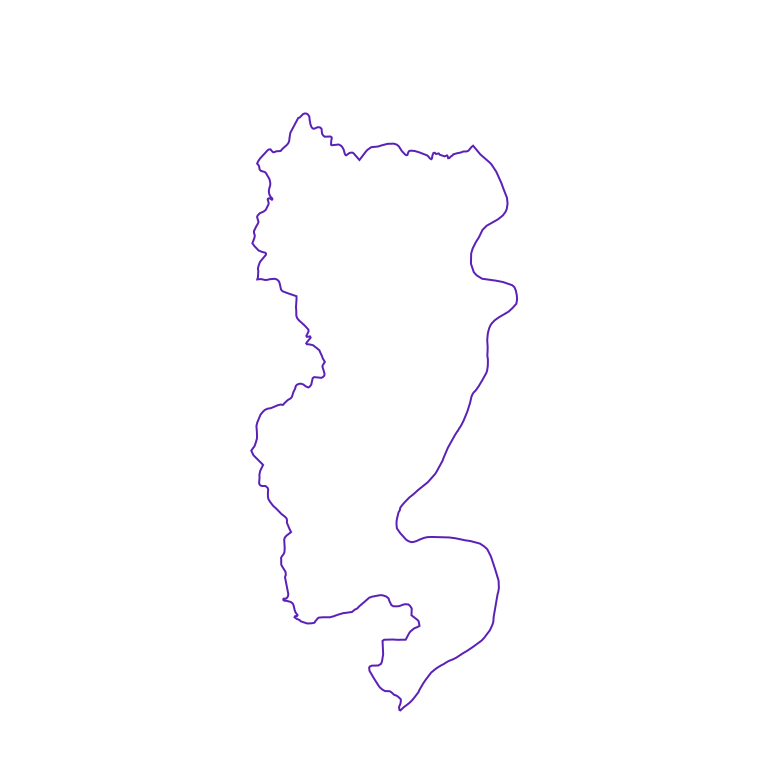 Phu Ninh, Phú Thọ, Vietnam (Albers equal-area conic projection), rotated 40°
{"feature_id": "81297802B64104222015073", "entity_name": "Phu Ninh", "entity_type": "district", "adm_level": 2, "iso_a3": "VNM", "parent_name": "Vietnam", "parent_adm1": "Phú Thọ", "projection": "albers", "projection_center": [105.302, 21.456], "detail": "fine", "context": "isolated", "style": "outline", "palette": "violet", "viewbox_px": 768, "rotation_deg": 40, "n_neighbors": 0, "source": "geoboundaries", "source_scale": "gbopen_adm2", "svg_char_len": 6165}
<svg xmlns="http://www.w3.org/2000/svg" viewBox="0 0 768 768"><g transform="rotate(40 384 384)"><path d="M147.3,235.4L150.8,251.8L153.5,256.3L155.3,259.0L155.9,261.2L155.9,263.4L155.1,268.7L155.0,272.0L151.9,275.0L151.2,276.4L150.2,277.7L148.8,277.7L146.2,277.2L144.9,278.6L144.6,279.9L144.1,291.2L144.5,294.4L145.1,296.7L147.6,297.1L149.7,298.6L150.8,299.6L152.5,299.9L156.5,298.2L157.9,298.3L164.6,300.7L167.8,303.2L169.2,305.1L170.3,307.7L171.6,310.0L172.6,311.1L174.2,312.4L176.4,313.4L179.1,313.7L179.8,314.4L179.7,314.9L177.8,315.1L176.7,315.6L176.2,316.2L176.0,316.7L176.3,317.4L179.1,319.3L179.7,320.0L180.2,321.2L181.5,326.7L180.9,329.4L179.1,333.0L178.9,336.1L179.4,337.6L181.8,339.3L183.5,340.3L184.0,341.3L184.4,342.8L184.9,345.7L186.1,350.4L187.2,351.7L189.7,353.4L190.9,355.6L192.7,360.8L196.3,361.7L202.2,362.3L205.4,361.3L208.9,359.7L209.8,360.0L210.5,360.9L210.5,370.1L211.9,374.0L213.3,376.7L215.3,378.5L218.9,383.4L219.7,385.3L222.3,382.7L226.3,380.6L228.0,378.8L229.0,377.3L232.8,373.5L235.2,372.7L237.4,372.9L239.3,373.9L244.1,377.6L245.5,378.1L246.9,378.1L253.1,375.9L260.5,373.0L262.2,374.9L267.4,382.0L269.0,383.5L272.9,388.0L275.0,389.3L277.8,389.9L285.7,390.2L291.1,390.9L292.4,392.2L293.6,397.0L294.4,397.5L295.6,396.5L296.6,395.1L298.0,395.6L298.1,401.4L298.3,402.9L299.4,403.1L301.7,401.4L304.8,399.9L312.8,399.7L314.9,400.8L318.8,402.6L320.5,403.7L324.5,405.1L325.0,409.1L325.9,410.5L329.0,412.4L332.1,414.6L332.9,416.1L332.7,418.0L332.1,419.5L326.1,423.6L325.6,425.3L328.7,431.3L328.8,434.0L328.1,435.4L325.6,436.1L322.6,436.2L320.3,437.1L318.9,438.4L317.8,440.4L317.7,442.3L318.8,444.4L319.9,448.7L321.7,453.0L321.7,455.2L320.8,457.5L320.4,459.5L320.0,463.6L320.2,464.6L319.7,465.2L318.0,466.2L316.2,468.7L313.0,475.0L310.6,477.9L309.4,480.5L309.1,482.9L309.1,486.7L311.6,494.8L313.3,498.2L318.0,503.0L321.6,507.2L323.2,510.7L324.8,514.9L324.9,517.6L325.2,520.4L329.8,522.5L343.4,523.7L345.0,530.1L346.7,533.3L349.2,536.2L352.0,540.2L353.7,541.1L355.6,540.9L358.9,538.3L361.8,538.4L363.2,539.4L365.1,542.1L367.5,544.9L369.6,546.6L372.9,547.6L377.4,548.6L381.5,548.7L389.0,549.5L393.2,549.3L395.8,549.6L397.4,550.9L398.8,552.7L404.0,555.4L408.0,557.2L406.8,562.7L406.7,565.3L407.5,567.3L413.1,573.2L415.7,576.6L416.4,578.5L416.5,581.2L417.0,583.6L418.3,584.7L419.7,586.5L421.5,588.5L423.8,589.4L429.3,591.2L430.5,592.3L431.6,593.6L432.3,595.6L445.8,606.5L446.9,608.4L447.1,610.3L446.8,611.4L445.1,613.0L445.2,613.6L445.7,614.1L446.9,614.1L448.8,612.7L452.5,611.0L454.1,610.8L455.8,611.0L458.0,612.4L461.0,614.7L463.2,615.9L466.3,616.6L466.5,617.7L465.6,618.5L465.1,619.2L465.4,620.2L468.2,620.0L471.0,619.1L472.8,619.3L479.1,616.8L482.2,614.0L483.9,612.0L484.2,611.2L483.9,610.3L483.9,606.1L484.2,604.9L487.3,601.8L492.4,597.6L494.6,594.5L496.9,590.5L500.3,585.4L502.0,583.7L506.0,579.2L506.8,575.2L507.7,573.5L508.0,569.8L509.1,563.3L510.0,557.3L511.4,554.8L516.8,548.2L518.7,546.8L522.1,545.4L525.3,545.3L527.2,546.6L531.7,548.6L534.0,548.3L536.8,546.0L538.5,544.3L540.2,541.2L541.6,539.2L544.4,537.2L546.4,537.2L549.5,538.1L553.7,543.5L561.4,543.2L563.1,543.5L566.7,546.5L565.6,549.2L564.2,551.7L563.3,556.6L563.3,557.8L563.9,561.1L565.0,565.9L558.5,571.5L555.2,573.9L548.5,579.8L548.0,581.7L557.1,591.6L560.9,598.0L561.6,600.3L560.5,603.4L555.9,607.4L554.7,609.5L555.0,610.9L557.2,613.0L565.3,615.9L572.8,618.3L575.7,619.1L579.4,619.1L582.3,618.5L585.1,616.2L586.2,615.6L588.0,615.4L591.7,615.6L593.7,614.7L595.9,614.5L599.4,614.7L600.7,616.0L602.0,618.2L603.2,621.9L605.4,623.8L606.4,623.5L606.9,618.6L607.3,617.3L608.5,611.7L608.8,608.4L608.8,605.2L608.5,597.9L607.8,595.6L606.6,588.9L606.1,584.7L605.6,574.7L606.4,570.6L606.9,568.0L607.8,565.2L608.8,562.4L609.6,560.6L610.6,557.4L611.7,554.4L613.8,550.6L615.2,547.4L617.5,539.7L619.3,534.7L621.3,527.6L623.7,517.7L623.9,514.0L623.4,504.5L621.8,498.7L620.6,495.9L617.7,491.9L606.1,472.0L605.2,469.9L603.2,466.5L598.2,461.0L588.6,454.7L576.8,447.4L569.3,444.2L565.0,444.0L560.0,444.6L550.9,448.9L547.1,451.3L537.8,456.3L532.5,459.7L519.0,470.4L515.8,473.3L513.6,476.1L511.5,479.9L509.8,483.5L508.3,485.8L506.6,487.6L503.6,488.7L500.8,489.0L492.2,487.8L486.7,486.3L484.1,483.8L482.4,481.8L480.7,479.2L477.6,472.9L477.2,470.3L476.1,468.7L475.8,466.2L475.8,462.1L476.3,454.9L477.5,449.0L478.2,443.6L480.7,431.1L481.0,420.0L480.6,417.2L478.1,404.8L477.2,402.6L473.9,391.7L471.2,377.7L470.6,373.3L470.7,372.5L470.1,369.6L470.1,368.7L469.7,366.1L468.6,361.2L465.6,351.7L462.1,343.2L459.1,337.4L458.4,335.0L458.1,333.1L458.4,330.0L458.0,325.0L456.7,317.1L455.3,309.9L454.4,307.5L451.8,303.3L448.1,298.7L444.7,295.6L442.6,292.7L439.6,289.0L434.9,284.1L431.4,279.1L429.9,276.3L428.6,273.3L427.8,270.6L427.6,268.2L427.8,264.3L429.1,259.2L432.9,248.5L433.6,243.4L433.8,237.4L431.4,233.4L428.5,230.5L425.1,227.8L421.7,226.0L418.7,225.9L409.6,229.4L403.3,232.9L391.5,240.3L385.1,241.2L380.9,240.6L373.3,236.0L366.9,228.0L364.8,223.2L363.1,216.0L362.5,211.0L360.4,202.6L360.9,196.8L365.5,184.5L366.7,178.5L366.4,173.9L365.5,171.0L362.7,166.4L358.5,162.3L350.4,157.9L344.7,154.6L333.5,149.2L325.2,146.7L322.4,146.4L310.3,146.2L299.1,144.2L298.7,146.1L298.7,151.1L297.7,152.9L295.5,154.7L293.9,157.5L291.7,160.2L289.4,163.6L289.6,164.6L289.0,166.7L288.8,169.0L288.0,169.8L286.5,168.7L285.3,168.4L284.1,170.7L279.4,172.5L277.7,172.2L276.0,174.4L274.2,174.2L273.4,175.3L274.3,178.0L275.7,180.3L275.8,181.3L274.2,181.7L272.0,181.2L269.9,181.2L261.8,184.0L257.7,185.8L254.8,187.8L253.6,189.2L253.6,190.8L254.7,193.5L253.9,194.5L252.4,194.6L248.0,194.1L242.5,192.4L239.9,192.4L237.0,193.6L232.3,197.8L228.6,203.0L226.8,205.9L222.0,210.8L220.8,215.3L220.7,217.2L221.2,228.2L212.3,226.8L211.0,227.1L210.1,227.9L209.1,229.1L208.0,233.2L207.2,233.3L205.9,232.8L202.5,230.4L200.2,229.5L198.9,229.1L196.5,229.3L195.3,229.7L190.6,234.6L189.8,234.8L189.5,234.6L187.1,231.4L185.9,229.1L185.3,228.7L183.9,228.8L179.6,232.7L177.4,232.7L175.6,232.0L172.0,228.6L170.0,228.6L169.0,229.2L168.0,230.1L166.5,233.2L165.7,233.9L164.7,234.0L163.3,233.8L160.8,232.4L157.9,230.0L154.7,227.0L152.0,226.4L150.6,226.8L149.3,227.8L148.5,229.3L148.1,234.1L147.3,235.4Z" fill="none" stroke="#5b21b6" stroke-width="2"/></g></svg>